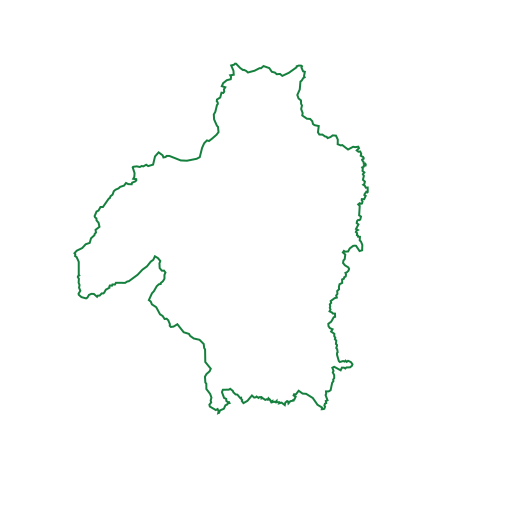 Satipo, Junín, Peru (Mercator projection), rotated 229°
{"feature_id": "86281439B96037862179795", "entity_name": "Satipo", "entity_type": "district", "adm_level": 2, "iso_a3": "PER", "parent_name": "Peru", "parent_adm1": "Junín", "projection": "mercator", "projection_center": [-74.176, -11.56], "detail": "fine", "context": "isolated", "style": "outline", "palette": "green", "viewbox_px": 512, "rotation_deg": 229, "n_neighbors": 0, "source": "geoboundaries", "source_scale": "gbopen_adm2", "svg_char_len": 6154}
<svg xmlns="http://www.w3.org/2000/svg" viewBox="0 0 512 512"><g transform="rotate(229 256 256)"><path d="M188.2,131.3L182.0,130.9L178.4,129.5L176.6,126.9L174.9,126.1L174.4,123.3L172.7,122.4L166.1,124.6L165.7,126.6L163.2,125.8L162.2,124.4L161.9,125.3L163.1,127.5L161.8,131.5L163.4,135.0L162.8,136.9L163.3,137.9L162.4,139.5L163.4,139.8L164.2,138.9L166.1,138.5L167.7,139.8L169.8,138.8L175.6,141.0L176.8,143.2L172.9,147.9L172.7,149.4L169.3,150.0L168.0,149.5L164.9,149.8L163.6,151.0L159.3,150.9L158.8,151.8L157.7,151.0L156.4,151.1L155.9,150.2L153.2,150.0L152.3,154.5L153.4,161.4L150.4,161.7L149.5,163.1L149.6,164.2L147.2,164.8L147.3,165.9L146.0,167.5L144.9,166.7L144.6,167.7L141.3,168.6L141.0,169.9L139.9,170.5L140.3,171.6L139.5,171.3L138.8,171.8L139.2,172.2L138.4,172.3L136.3,171.7L135.9,173.1L135.1,172.1L134.2,174.1L133.0,174.7L133.1,176.4L132.1,175.5L130.4,177.7L129.8,177.8L129.5,177.1L128.6,179.1L124.6,179.9L126.1,181.9L126.1,184.3L125.1,184.7L123.5,183.8L123.9,186.7L122.3,189.4L122.9,189.8L122.5,190.7L123.8,193.6L126.1,192.9L126.7,194.0L125.4,195.3L126.3,199.8L121.6,200.9L119.1,203.4L111.6,205.7L103.4,204.8L98.4,206.4L97.2,205.1L96.6,205.9L95.9,207.3L97.0,209.3L98.2,209.4L99.3,211.1L98.9,212.5L100.8,213.6L100.2,215.3L105.4,217.3L106.1,218.7L107.9,220.0L106.1,222.1L105.8,224.3L110.4,230.4L110.7,232.2L112.1,233.2L112.6,235.0L114.9,236.9L117.8,237.6L118.4,239.1L121.6,240.3L121.1,242.3L114.2,244.9L115.4,247.6L113.9,249.2L112.5,249.6L112.6,251.1L110.3,253.9L110.2,256.3L111.0,257.8L113.7,258.0L116.5,256.7L116.6,255.0L118.3,254.9L118.2,253.6L119.6,252.8L121.0,249.7L122.4,249.6L128.2,252.3L129.6,253.5L129.8,254.5L132.4,256.1L133.9,256.2L135.1,258.2L135.9,258.8L137.2,258.6L139.5,261.1L141.4,260.9L142.2,262.2L144.1,262.4L145.9,264.1L149.7,263.1L150.5,265.7L153.2,264.4L155.5,264.7L157.4,266.1L157.1,269.7L158.8,274.5L158.2,275.8L160.7,277.8L162.3,276.2L163.4,276.3L166.0,275.2L166.8,277.2L168.5,277.7L169.2,278.9L171.1,280.0L171.3,282.0L173.0,282.8L172.6,287.7L171.6,289.7L173.6,290.6L174.0,292.6L176.3,294.3L176.4,296.8L178.4,298.4L179.9,300.6L179.1,303.4L181.8,305.6L181.2,307.4L182.1,308.6L181.7,310.2L182.8,311.6L184.6,312.5L184.1,313.5L184.2,316.0L185.2,317.8L186.8,318.2L190.7,317.0L193.6,317.1L195.3,319.1L195.4,320.8L198.5,324.3L201.7,323.9L202.2,325.7L200.8,326.1L199.0,328.5L200.2,331.7L199.9,336.0L199.0,337.3L198.1,338.2L191.8,337.4L190.7,339.9L194.6,343.5L198.1,344.7L199.7,344.5L202.3,347.0L203.6,345.7L204.5,346.3L205.5,345.8L206.9,347.3L208.6,347.1L209.1,348.3L208.8,349.9L210.8,349.2L212.6,354.0L214.8,353.6L216.1,355.3L216.2,356.7L215.3,357.4L215.1,358.6L216.9,361.1L219.0,360.5L225.7,367.1L227.9,367.0L227.8,369.0L226.6,369.3L226.1,370.5L227.3,372.2L228.8,372.4L229.5,373.2L227.9,374.9L229.4,378.2L230.8,377.7L231.4,378.4L232.1,381.3L231.0,381.6L231.0,382.3L234.4,385.2L235.5,383.7L237.7,384.2L239.4,383.7L239.3,385.0L240.7,387.0L243.4,386.7L245.7,390.0L247.6,390.3L248.0,392.6L250.4,392.2L251.8,393.9L253.2,394.2L252.7,395.9L253.6,396.8L252.4,398.0L253.0,398.8L254.1,399.1L255.3,398.1L256.6,398.9L258.4,398.9L259.1,399.3L258.8,401.1L259.4,401.6L260.4,401.8L263.0,400.8L264.1,402.5L266.5,403.2L267.5,401.7L269.6,401.3L269.8,404.5L271.4,404.9L273.1,402.2L274.7,401.0L276.0,395.3L283.1,393.9L283.9,392.5L286.8,391.0L290.2,394.1L294.4,395.3L296.7,393.0L296.9,390.3L298.0,387.4L299.6,387.5L301.0,386.5L304.0,385.8L306.1,383.5L308.7,383.9L312.9,388.6L316.4,386.0L318.2,385.6L320.8,386.9L323.9,386.8L326.2,384.5L331.7,383.1L333.3,385.0L337.3,386.5L339.4,389.4L341.3,389.9L343.9,392.0L347.0,391.5L350.4,392.8L353.0,398.3L358.5,404.0L358.4,405.5L359.3,408.4L359.0,410.0L360.2,410.2L363.0,413.7L364.5,412.7L368.4,413.9L369.0,415.2L370.0,415.0L371.6,413.3L372.5,411.2L371.8,410.3L372.7,401.0L374.7,394.0L377.6,393.6L379.6,390.9L382.1,390.6L384.6,388.8L389.1,389.3L394.4,386.3L394.4,383.0L395.4,382.0L396.8,376.4L399.8,370.3L402.1,370.0L404.3,369.1L404.8,368.2L408.2,367.4L414.2,367.1L414.9,366.4L414.8,364.8L416.1,362.3L410.6,360.5L407.4,358.1L409.3,355.1L407.5,354.7L406.0,352.9L407.8,349.4L408.0,344.6L406.6,341.6L403.5,343.5L402.8,341.1L400.9,339.9L400.5,338.3L401.9,337.1L399.1,333.0L399.7,329.2L398.5,327.9L397.2,327.9L395.8,327.0L395.5,325.5L391.5,319.9L390.5,317.0L386.6,314.0L380.1,312.0L378.3,312.0L374.1,309.0L373.4,305.8L373.4,299.8L373.6,296.0L375.4,294.8L375.1,290.9L373.0,286.3L367.5,278.4L368.3,275.0L373.2,266.4L377.5,261.9L388.3,256.3L390.2,254.1L390.0,252.7L391.1,250.8L393.2,251.6L398.1,250.5L397.4,245.1L392.5,238.3L394.6,233.6L396.9,233.0L397.6,229.7L398.9,228.8L399.4,226.7L401.9,224.8L403.9,221.8L403.8,221.1L398.2,218.7L395.6,216.1L394.8,214.0L392.6,216.0L391.6,215.3L391.5,213.8L392.6,210.6L391.7,209.2L394.1,206.7L396.4,205.8L395.7,202.6L397.3,198.8L397.2,196.7L398.2,193.4L398.2,191.2L396.4,188.0L396.6,185.5L395.6,183.6L395.9,182.5L393.4,172.6L395.0,170.8L393.6,166.9L394.2,164.9L392.0,160.4L390.8,159.9L389.0,160.2L387.5,159.0L384.4,159.0L380.7,157.0L381.0,152.1L378.7,150.6L378.5,148.7L377.7,147.7L377.6,143.1L375.0,139.1L376.6,135.2L376.0,130.1L377.6,124.2L377.2,120.8L375.9,120.8L374.6,119.4L372.8,119.9L367.9,118.4L358.2,110.0L357.3,109.9L357.5,108.3L357.0,107.7L355.0,107.4L352.2,104.6L349.9,103.8L348.2,101.7L345.0,100.6L344.0,97.4L343.0,96.8L339.5,97.3L335.5,99.9L335.2,101.4L336.2,104.4L335.5,106.8L333.8,108.7L329.5,109.3L329.9,110.5L328.7,112.1L329.0,115.0L328.0,116.1L327.9,117.3L329.1,120.6L328.2,124.6L329.3,125.4L329.6,126.5L328.1,127.8L328.7,129.0L327.0,130.8L327.7,132.7L321.6,139.6L321.2,142.2L320.4,143.4L319.5,154.3L320.2,161.4L319.7,166.9L320.8,172.9L320.5,176.0L322.1,179.5L318.8,180.6L315.0,180.5L313.8,178.3L310.1,175.4L306.7,175.3L305.3,177.0L302.9,176.8L301.8,174.5L298.9,172.0L298.0,169.1L298.1,166.4L297.4,165.7L298.4,164.1L298.3,161.2L296.4,155.8L296.1,153.0L293.0,146.2L290.7,146.7L287.8,145.7L282.8,147.1L274.9,145.3L272.1,146.2L268.4,145.7L267.3,147.4L265.0,147.6L261.1,146.3L259.9,145.1L258.3,145.2L256.8,147.5L256.1,151.9L245.9,151.4L241.2,154.3L238.9,153.9L234.6,154.9L229.8,158.4L223.9,158.8L220.7,156.6L218.8,156.2L209.3,148.2L200.6,147.9L199.4,145.3L199.4,141.2L198.4,138.3L193.8,134.8L192.2,134.7L188.2,131.3Z" fill="none" stroke="#15803d" stroke-width="2"/></g></svg>